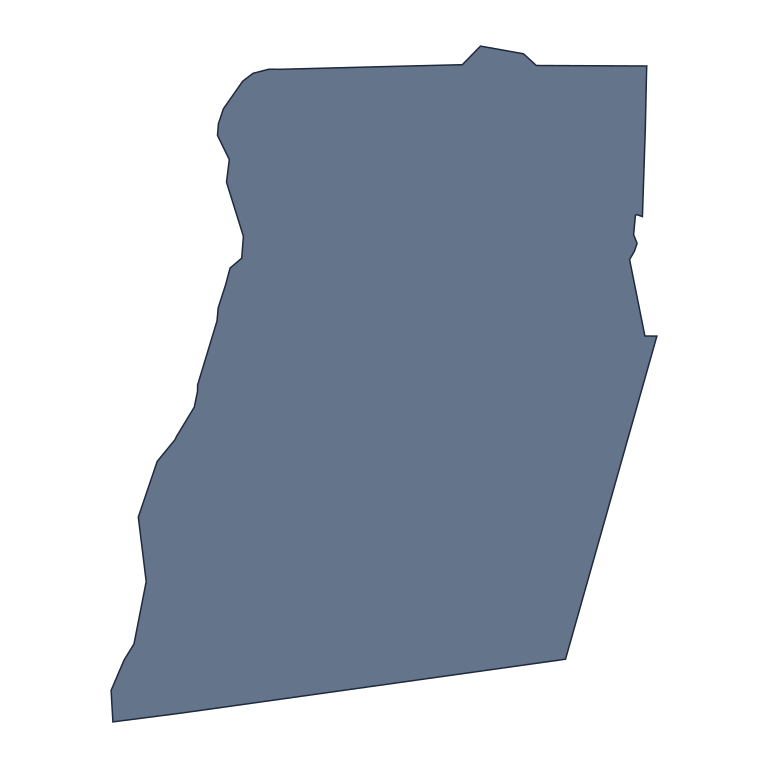 outline of Rensselaer, New York, United States of America
{"feature_id": "52423323B33397436463796", "entity_name": "Rensselaer", "entity_type": "district", "adm_level": 2, "iso_a3": "USA", "parent_name": "United States of America", "parent_adm1": "New York", "projection": "equal_earth", "projection_center": [-73.547, 42.711], "detail": "fine", "context": "isolated", "style": "filled", "palette": "slate", "viewbox_px": 768, "rotation_deg": 0, "n_neighbors": 0, "source": "geoboundaries", "source_scale": "gbopen_adm2", "svg_char_len": 731}
<svg xmlns="http://www.w3.org/2000/svg" viewBox="0 0 768 768"><path d="M112.9,721.9L181.9,713.0L565.5,659.2L656.9,336.1L644.9,336.0L629.6,259.6L634.4,251.2L637.1,243.3L633.6,234.7L635.4,215.6L636.5,214.5L642.4,216.6L642.6,210.9L645.3,129.4L646.4,78.6L646.6,70.5L646.7,67.6L646.8,66.0L536.3,65.5L523.5,53.8L480.5,46.1L462.3,64.7L392.5,66.4L280.3,69.3L268.9,69.2L253.0,73.3L242.7,81.2L223.4,108.8L218.4,123.8L217.5,135.4L229.3,159.6L226.5,182.2L243.4,236.3L241.7,258.2L230.1,268.0L225.5,285.1L218.2,307.8L217.0,321.0L197.6,384.9L197.5,391.4L194.3,407.1L176.7,436.1L174.9,439.8L157.2,461.4L138.5,516.5L138.3,517.0L146.2,581.6L134.0,643.9L124.1,660.0L111.1,690.4L112.9,721.9Z" fill="#64748b" stroke="#1e293b" stroke-width="1.5"/></svg>